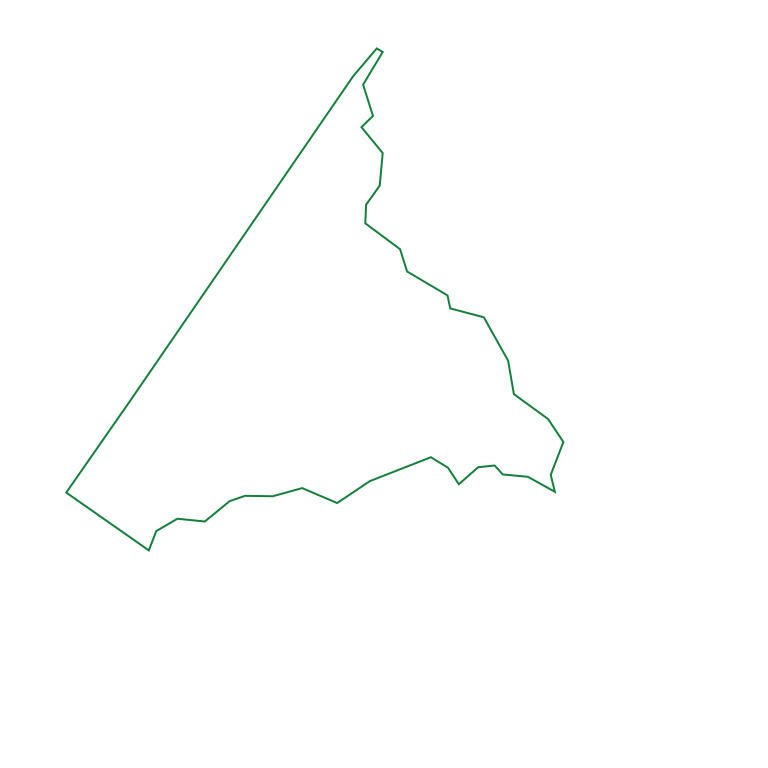 outline of Bradford, Florida, United States of America, rotated 215°
{"feature_id": "52423323B57345599867870", "entity_name": "Bradford", "entity_type": "district", "adm_level": 2, "iso_a3": "USA", "parent_name": "United States of America", "parent_adm1": "Florida", "projection": "robinson", "projection_center": [-82.215, 29.931], "detail": "fine", "context": "isolated", "style": "outline", "palette": "green", "viewbox_px": 768, "rotation_deg": 215, "n_neighbors": 0, "source": "geoboundaries", "source_scale": "gbopen_adm2", "svg_char_len": 658}
<svg xmlns="http://www.w3.org/2000/svg" viewBox="0 0 768 768"><g transform="rotate(215 384 384)"><path d="M481.2,112.8L486.2,132.9L476.0,155.1L451.9,168.6L443.3,199.4L433.7,212.7L410.8,228.2L391.3,251.8L354.1,259.6L339.8,296.5L303.6,350.9L283.5,352.1L265.2,344.8L259.1,369.9L246.6,380.7L234.9,378.0L212.9,390.5L182.2,393.7L195.3,405.2L203.8,439.4L229.5,449.4L271.8,450.2L295.7,474.3L340.5,495.9L373.1,483.9L382.8,493.0L429.6,489.4L448.1,503.6L491.5,504.9L501.5,520.6L501.3,544.1L517.5,572.4L549.8,581.5L546.8,597.3L572.8,617.2L575.5,655.2L582.4,654.7L585.8,618.3L582.3,224.1L582.0,112.8L481.2,112.8Z" fill="none" stroke="#15803d" stroke-width="2"/></g></svg>